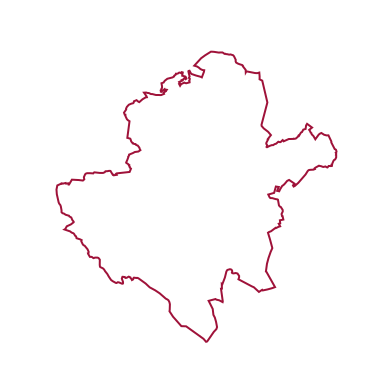 the district of Petrestii De Jos, Cluj, Romania, rotated 103°
{"feature_id": "2599482B6120631098136", "entity_name": "Petrestii De Jos", "entity_type": "district", "adm_level": 2, "iso_a3": "ROU", "parent_name": "Romania", "parent_adm1": "Cluj", "projection": "orthographic", "projection_center": [23.62, 46.582], "detail": "fine", "context": "isolated", "style": "outline", "palette": "rose", "viewbox_px": 384, "rotation_deg": 103, "n_neighbors": 0, "source": "geoboundaries", "source_scale": "gbopen_adm2", "svg_char_len": 5982}
<svg xmlns="http://www.w3.org/2000/svg" viewBox="0 0 384 384"><g transform="rotate(103 192 192)"><path d="M215.9,324.7L220.1,324.6L224.6,323.2L232.1,319.6L233.2,318.8L234.3,317.4L235.5,316.6L239.2,315.0L241.0,314.6L241.8,313.4L241.8,312.1L242.6,310.0L242.8,306.5L243.4,306.0L244.0,303.9L246.1,302.4L247.6,300.6L248.1,300.5L250.8,302.7L253.6,306.3L256.5,307.1L257.2,307.8L257.8,301.9L258.6,300.2L258.9,298.2L259.6,297.2L260.9,296.1L261.3,295.0L263.0,294.1L263.3,290.4L263.7,288.7L264.9,288.8L267.5,286.7L268.2,285.8L268.5,284.5L271.3,280.9L273.6,279.2L274.8,279.1L275.1,279.6L275.5,279.4L278.2,276.9L277.8,275.4L278.0,274.4L278.5,273.5L278.6,273.0L277.7,271.7L277.2,269.5L277.3,268.4L277.8,267.6L278.7,266.6L283.8,265.5L285.4,264.9L285.8,264.5L286.4,261.7L287.3,260.2L288.7,258.9L290.9,256.1L293.1,254.1L295.9,251.1L296.7,249.3L297.7,245.8L297.6,245.0L296.6,244.0L296.5,243.0L297.1,239.4L296.7,238.7L296.2,238.7L294.9,239.1L292.2,240.9L290.3,240.7L290.1,240.2L290.2,239.3L289.9,238.4L290.6,237.8L290.7,237.4L290.3,236.4L288.7,234.6L288.8,233.9L289.2,233.2L289.1,232.8L289.9,232.2L290.4,231.4L291.3,230.7L290.4,229.7L288.9,229.6L288.5,229.3L288.3,226.8L288.0,226.3L288.1,224.9L291.6,216.6L294.4,211.8L296.1,205.7L298.0,200.7L301.8,193.6L302.3,191.7L302.8,190.6L304.3,189.3L306.3,188.3L311.8,187.2L313.3,187.1L317.8,182.4L325.1,172.2L324.2,167.5L332.5,147.7L334.8,144.6L334.3,143.7L333.5,143.3L323.4,139.3L320.1,137.4L318.0,137.2L313.0,139.4L309.2,141.5L306.9,143.5L301.3,145.5L294.3,151.3L291.0,145.0L291.4,144.1L291.4,141.1L292.4,137.4L291.7,137.4L279.7,142.0L279.4,141.1L274.9,142.3L275.2,141.7L267.9,140.7L261.6,140.6L260.0,140.0L258.7,137.7L258.7,136.6L258.8,136.1L259.5,135.3L260.5,134.9L261.6,135.0L262.0,134.5L262.0,133.3L261.1,131.1L261.2,129.3L263.2,127.2L264.6,126.9L266.6,127.1L270.5,112.4L270.9,110.3L274.3,104.3L271.5,101.6L272.0,100.9L270.0,96.6L267.8,92.5L266.0,89.7L253.4,101.2L252.9,101.7L252.8,102.1L245.1,102.8L239.1,102.6L232.7,101.9L228.6,101.1L220.7,105.3L214.6,108.8L213.7,108.0L212.5,106.2L208.1,102.5L208.3,102.1L206.4,99.8L205.6,98.4L203.4,100.3L202.7,99.0L199.8,100.0L198.3,96.8L195.2,98.3L195.3,98.8L193.3,99.8L190.6,99.2L189.8,99.4L189.1,99.6L186.7,102.0L186.4,103.2L185.4,104.3L180.2,106.5L180.0,106.9L180.1,109.2L179.9,112.4L180.3,114.3L179.6,115.3L177.3,117.1L174.4,111.8L167.8,111.5L167.6,108.6L171.7,109.3L171.7,107.2L169.4,106.7L165.8,105.5L164.6,104.4L163.0,103.4L159.8,101.8L158.4,100.1L160.8,94.0L161.5,94.2L162.8,95.1L163.8,94.2L163.0,93.2L159.2,90.5L149.4,85.3L145.6,84.0L144.5,83.3L143.9,82.1L142.9,78.7L142.0,77.4L141.4,77.9L140.5,77.2L137.8,74.2L137.9,73.3L137.8,72.2L138.1,69.8L137.1,67.7L137.6,66.3L137.6,65.5L135.9,64.7L135.5,62.5L135.4,62.2L134.5,62.2L134.7,61.6L132.8,61.7L130.0,61.2L129.1,60.9L128.0,59.8L125.9,59.3L123.6,59.8L123.5,60.1L122.2,60.1L121.4,60.8L120.7,60.3L120.0,60.3L118.5,61.2L118.2,61.8L118.1,62.6L112.4,67.4L111.4,67.6L106.1,71.8L106.6,73.6L106.5,76.2L105.4,79.2L106.2,80.3L107.5,81.4L112.9,83.7L110.1,86.3L108.9,88.3L107.8,88.9L107.4,89.8L106.3,90.5L105.1,91.8L102.2,89.5L99.7,95.2L101.5,95.8L105.0,95.5L106.2,97.6L108.8,98.3L109.2,98.9L110.1,99.4L113.2,100.4L113.0,100.9L114.4,101.3L116.6,102.9L117.2,104.3L117.2,105.0L117.5,105.2L118.6,109.6L122.0,114.1L121.0,115.3L121.9,116.0L122.8,116.4L123.5,117.1L123.7,118.0L123.6,119.2L126.0,120.9L126.8,122.3L128.1,123.5L128.3,124.6L129.4,126.4L131.5,129.0L131.3,129.5L129.6,129.2L128.3,130.5L127.2,130.6L123.4,129.6L123.3,130.0L118.8,127.9L116.2,131.4L113.9,136.4L112.0,139.0L110.8,139.4L87.8,138.7L67.7,148.6L67.0,151.5L64.2,152.1L60.5,153.3L61.5,155.1L61.9,157.2L62.2,166.1L63.4,166.5L60.9,167.2L58.1,170.7L57.8,170.6L57.3,171.1L57.0,171.7L56.8,174.5L56.5,176.4L55.9,178.2L54.6,179.0L53.4,179.1L50.3,181.6L49.5,182.7L49.3,185.4L49.8,186.7L49.8,189.0L50.0,189.9L49.8,190.6L50.1,191.4L49.5,192.7L49.2,193.7L49.8,196.4L50.1,196.9L50.5,202.3L51.0,205.1L55.8,209.9L59.6,213.2L68.4,218.2L68.6,215.2L69.3,213.3L70.3,211.4L70.8,209.1L70.6,207.5L72.3,207.4L78.1,208.2L77.8,209.6L77.6,214.4L77.1,219.0L76.6,219.8L74.4,221.7L74.8,222.5L75.1,222.7L76.7,222.0L80.0,220.3L81.5,220.7L82.2,219.6L83.5,219.5L84.2,219.8L85.2,219.1L85.7,219.0L87.3,222.0L87.4,223.2L87.1,224.0L87.3,224.3L89.4,226.9L91.2,227.5L89.6,228.9L88.9,228.1L87.7,229.3L85.6,226.5L85.2,227.1L84.1,225.7L82.5,224.9L83.5,223.6L82.8,223.0L82.5,223.2L81.4,223.9L81.0,224.5L80.9,227.7L77.6,227.9L77.5,228.9L78.1,229.1L78.2,229.6L78.6,229.6L78.4,230.1L78.5,231.3L79.8,232.5L80.2,233.4L80.4,234.3L81.2,234.2L82.7,235.5L83.4,235.4L84.7,236.7L87.2,241.5L89.8,243.6L91.7,244.3L92.9,246.2L95.7,245.0L97.3,244.6L98.1,245.0L99.1,244.9L100.0,245.4L100.9,244.9L102.1,244.9L101.2,244.5L98.0,241.9L98.7,241.5L98.6,241.2L98.2,241.0L98.1,239.6L98.9,239.9L99.1,240.3L99.6,240.1L101.6,242.1L102.7,241.3L104.5,243.9L105.6,249.1L105.5,252.8L105.8,254.0L105.3,256.3L105.5,257.7L105.4,259.1L106.0,261.1L109.0,257.8L109.8,257.3L110.2,258.4L112.8,261.1L116.3,263.6L116.1,264.5L115.0,266.7L116.7,269.0L118.0,268.9L118.8,269.4L119.5,270.9L121.2,273.2L123.7,274.6L125.6,275.0L126.4,274.7L130.0,276.1L132.0,274.8L132.1,274.6L131.9,274.2L133.2,273.8L135.7,271.8L136.4,270.7L137.1,268.8L153.8,267.2L153.9,264.3L154.3,263.8L156.4,262.6L157.3,261.5L157.5,260.7L158.0,260.6L158.2,258.6L158.0,257.8L158.8,256.9L158.9,255.4L160.6,253.3L162.0,252.5L162.8,251.7L164.6,253.3L165.9,256.7L167.4,258.4L169.7,261.7L170.4,261.5L172.0,262.1L172.3,261.9L174.9,262.2L178.1,262.8L178.5,262.5L178.9,261.1L179.8,259.2L180.5,259.4L181.2,258.4L182.1,258.2L183.0,256.7L186.5,257.3L190.8,269.6L191.2,270.0L192.2,269.2L193.3,271.9L192.8,272.3L193.1,273.0L189.8,276.2L190.1,277.7L190.7,279.0L191.3,281.0L192.4,281.5L193.4,282.9L194.2,286.4L194.8,291.5L195.2,292.0L196.1,292.4L196.6,295.5L197.3,298.5L198.0,299.6L198.8,300.1L201.9,300.7L203.9,299.8L205.4,300.9L205.8,304.9L207.0,311.8L212.4,313.5L212.5,314.0L211.4,314.6L212.2,316.6L211.6,317.1L212.9,319.7L212.8,320.6L212.9,321.1L213.5,321.1L213.9,322.1L215.9,324.7Z" fill="none" stroke="#9f1239" stroke-width="2"/></g></svg>